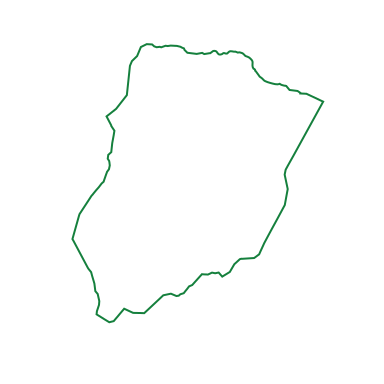 outline of San Pedro Ocopetatillo, Oaxaca, Mexico, rotated 195°
{"feature_id": "50627088B16349207621267", "entity_name": "San Pedro Ocopetatillo", "entity_type": "district", "adm_level": 2, "iso_a3": "MEX", "parent_name": "Mexico", "parent_adm1": "Oaxaca", "projection": "natural_earth1", "projection_center": [-96.912, 18.185], "detail": "fine", "context": "isolated", "style": "outline", "palette": "green", "viewbox_px": 384, "rotation_deg": 195, "n_neighbors": 0, "source": "geoboundaries", "source_scale": "gbopen_adm2", "svg_char_len": 2732}
<svg xmlns="http://www.w3.org/2000/svg" viewBox="0 0 384 384"><g transform="rotate(195 192 192)"><path d="M278.9,318.8L280.2,309.1L283.9,302.9L284.6,297.8L280.0,268.7L286.8,252.7L294.1,242.9L287.3,235.5L287.0,234.8L282.8,231.1L282.4,227.2L282.3,226.2L281.7,218.6L280.3,209.6L282.5,206.2L282.0,202.3L280.1,200.6L279.5,199.4L278.5,196.9L278.3,196.4L278.1,192.5L279.3,189.4L279.3,188.8L279.5,186.8L280.0,180.0L280.0,179.1L281.5,176.8L283.3,172.4L284.9,169.2L285.0,169.0L287.0,164.6L287.1,164.2L288.1,162.3L291.0,153.4L294.9,141.6L295.0,139.8L295.3,115.6L293.9,114.2L279.9,99.2L273.0,91.8L272.0,90.9L269.0,88.7L268.7,88.5L266.8,85.2L263.8,80.3L262.6,78.3L259.7,71.2L256.7,69.1L253.3,62.6L252.8,59.9L252.6,58.9L252.8,55.3L253.0,52.3L252.5,49.1L244.3,46.6L238.2,44.8L234.2,47.0L227.3,61.7L217.6,60.0L210.3,61.8L206.8,62.6L202.8,69.0L198.5,75.9L193.0,84.8L192.8,84.9L186.5,88.1L186.0,88.3L180.1,87.5L178.0,88.4L176.8,90.2L173.8,92.1L172.7,94.7L171.6,97.1L170.4,100.1L167.7,102.2L165.7,106.2L161.1,115.2L160.2,115.3L155.2,116.4L154.5,117.0L153.3,118.0L153.1,118.2L151.8,119.3L148.6,119.5L145.4,121.1L140.9,118.1L135.0,124.3L134.8,124.5L132.4,133.3L131.9,134.0L128.4,139.5L127.1,140.3L126.9,140.3L126.7,140.3L114.9,144.3L113.6,145.9L111.0,149.2L110.6,151.8L109.4,158.8L109.0,161.3L107.3,168.6L105.2,177.5L102.6,188.2L100.1,198.8L99.0,203.4L99.2,205.9L100.0,215.7L100.3,219.6L106.3,231.4L107.0,232.8L107.3,237.8L106.2,242.4L103.5,253.0L88.7,313.2L106.9,316.5L112.9,315.2L113.0,315.8L116.2,316.9L124.2,315.8L128.4,318.8L129.6,318.8L130.2,318.6L132.7,318.6L133.7,318.7L135.3,319.2L135.8,318.8L137.4,318.1L139.6,317.7L142.1,317.6L144.7,317.6L147.5,317.7L149.8,318.0L150.8,318.2L152.1,318.9L153.4,319.7L154.7,320.3L155.9,320.7L156.7,321.1L157.6,321.9L160.1,323.9L161.7,325.2L162.4,325.5L162.7,326.3L163.2,326.7L163.6,326.9L164.3,327.0L164.6,327.1L164.9,327.5L165.7,328.4L166.3,329.8L166.6,331.0L166.9,332.4L167.2,333.4L167.7,334.2L168.3,334.8L169.5,335.6L170.6,336.2L171.7,336.7L173.2,337.0L174.4,337.1L175.4,337.2L176.2,337.5L176.7,337.9L178.0,338.6L179.1,339.1L180.7,339.2L182.2,339.2L183.2,338.8L184.1,338.5L185.0,338.7L186.5,338.8L187.8,338.4L188.9,338.3L189.9,338.2L191.4,337.9L192.2,337.4L192.8,336.7L193.4,335.6L194.0,334.8L195.0,334.5L196.1,334.5L197.1,334.5L197.8,334.1L198.4,333.3L198.8,332.9L199.6,332.4L200.5,332.0L201.3,331.9L202.0,332.0L203.1,332.7L204.1,333.5L204.6,333.9L205.4,334.2L206.6,334.2L207.8,333.8L208.1,333.6L210.3,330.8L211.0,330.6L215.9,328.4L218.2,329.0L223.2,326.6L232.5,325.3L236.0,327.3L236.9,328.6L239.4,328.9L240.6,329.3L244.4,329.2L250.5,327.9L253.2,326.7L255.4,326.4L259.2,323.8L260.7,323.9L263.6,322.7L266.2,322.9L268.7,324.2L274.0,323.1L278.9,318.8Z" fill="none" stroke="#15803d" stroke-width="2"/></g></svg>